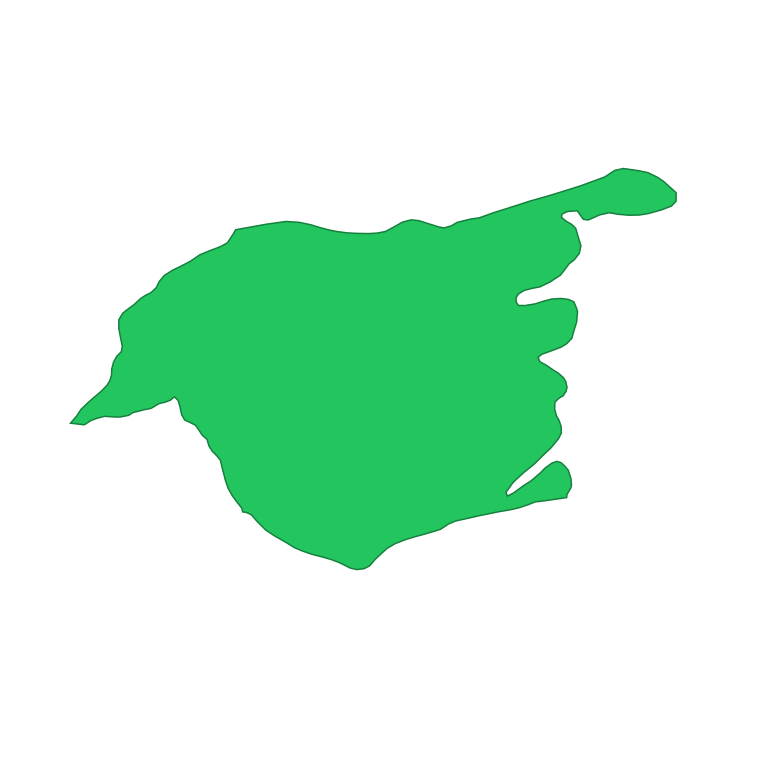 outline of Komo-Ocèan, Estuaire, Gabon, rotated 82°
{"feature_id": "22940354B91533016002313", "entity_name": "Komo-Ocèan", "entity_type": "district", "adm_level": 2, "iso_a3": "GAB", "parent_name": "Gabon", "parent_adm1": "Estuaire", "projection": "robinson", "projection_center": [9.579, -0.117], "detail": "fine", "context": "isolated", "style": "filled", "palette": "green", "viewbox_px": 768, "rotation_deg": 82, "n_neighbors": 0, "source": "geoboundaries", "source_scale": "gbopen_adm2", "svg_char_len": 2909}
<svg xmlns="http://www.w3.org/2000/svg" viewBox="0 0 768 768"><g transform="rotate(82 384 384)"><path d="M521.9,218.9L518.9,218.2L513.3,213.7L510.9,212.5L503.8,212.0L495.1,213.5L490.7,216.2L486.5,219.7L484.7,223.5L485.8,229.0L489.6,236.1L493.8,241.6L500.2,251.6L504.2,260.2L510.0,271.0L512.2,277.5L508.2,278.2L499.3,269.7L491.4,258.4L484.7,247.1L475.6,234.8L470.3,227.3L462.3,218.7L457.2,215.2L450.5,214.5L444.5,215.7L439.2,217.7L432.3,218.5L425.7,217.2L422.4,212.7L420.6,208.2L416.6,204.7L412.8,203.2L406.8,203.7L402.8,205.4L398.0,209.4L393.5,214.7L388.0,220.7L383.6,226.5L379.1,227.8L376.5,223.5L374.2,212.5L372.2,203.7L369.6,197.6L364.9,191.6L358.3,188.8L349.4,184.6L339.4,182.3L335.6,182.8L329.0,184.6L325.9,189.6L323.9,196.9L323.2,206.2L324.1,214.0L325.7,223.0L325.9,233.5L325.0,239.8L321.7,241.6L317.0,241.3L313.5,238.3L310.8,232.0L309.9,223.8L309.5,216.0L306.1,205.4L300.6,193.9L290.6,183.8L287.5,178.3L281.7,172.3L274.6,169.8L256.5,172.5L252.0,176.0L248.0,181.1L243.6,185.1L240.5,184.1L238.7,178.1L239.4,168.5L248.7,163.7L250.0,159.0L248.3,152.9L246.5,146.7L245.8,136.9L248.5,128.6L250.9,118.3L252.2,107.7L252.0,98.5L250.3,85.4L247.8,74.6L243.6,69.3L235.2,68.1L226.3,75.6L222.1,79.1L217.4,84.4L211.4,93.2L207.9,103.2L203.9,117.0L204.6,125.8L209.7,136.6L215.2,162.2L220.1,191.9L223.2,214.2L227.2,237.1L229.6,251.6L232.7,266.4L232.7,275.2L234.1,289.0L236.7,295.1L237.8,302.8L236.0,308.1L231.8,316.9L227.2,326.5L225.2,334.0L226.3,343.3L229.4,351.1L233.2,361.4L233.6,369.9L232.9,378.4L231.0,390.2L229.2,399.5L226.7,408.6L223.9,416.8L220.3,425.4L216.1,434.4L212.1,445.5L209.4,458.5L209.4,478.6L210.6,509.5L214.0,512.0L222.4,519.5L225.3,527.2L227.9,538.8L230.5,548.6L235.5,558.7L238.9,568.3L241.9,577.6L246.0,586.5L251.2,592.3L256.9,596.1L261.2,602.2L263.1,608.1L265.7,613.5L270.7,620.6L274.0,626.8L277.4,632.7L283.4,637.6L292.0,638.9L302.4,638.4L310.3,637.9L315.4,639.6L319.3,644.7L324.5,648.7L331.5,651.6L337.3,652.6L342.3,654.9L346.8,658.5L351.8,665.0L356.3,672.1L361.4,679.9L367.0,687.6L373.0,692.9L379.2,699.9L382.7,686.4L379.2,678.9L377.9,672.1L377.1,665.4L379.4,654.1L380.0,650.2L379.5,641.1L377.4,636.7L376.1,625.1L375.7,618.0L372.1,609.4L371.5,603.0L370.2,597.6L367.5,593.3L371.6,590.2L378.0,589.2L386.1,588.7L391.9,586.4L394.7,582.0L398.6,576.4L403.2,574.1L409.6,571.0L414.1,567.0L420.9,566.0L426.9,563.3L431.6,559.7L436.8,556.6L445.6,555.8L457.0,554.5L465.6,552.9L473.7,549.7L480.0,546.3L487.2,542.1L491.0,541.8L491.9,538.5L494.9,533.6L502.3,528.9L512.1,521.5L519.3,513.4L527.8,502.4L533.6,495.5L537.5,489.0L542.5,479.4L546.4,469.9L550.1,461.5L554.0,454.2L558.0,448.2L561.6,443.0L564.0,436.7L564.1,429.3L562.0,423.4L556.5,417.2L551.6,410.3L547.3,404.0L543.6,395.1L541.0,384.0L539.4,373.4L538.1,362.9L535.8,348.4L531.7,339.8L529.7,332.6L527.8,309.8L526.5,288.9L526.1,275.5L525.2,266.4L523.3,256.9L521.8,250.5L522.0,241.9L521.9,218.9Z" fill="#22c55e" stroke="#15803d" stroke-width="1.5"/></g></svg>